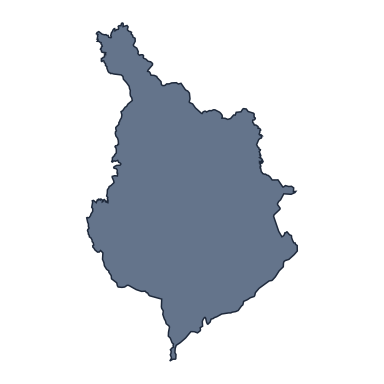 Di Linh, Lâm Đồng, Vietnam
{"feature_id": "81297802B8144414429904", "entity_name": "Di Linh", "entity_type": "district", "adm_level": 2, "iso_a3": "VNM", "parent_name": "Vietnam", "parent_adm1": "Lâm Đồng", "projection": "robinson", "projection_center": [108.032, 11.519], "detail": "fine", "context": "isolated", "style": "filled", "palette": "slate", "viewbox_px": 384, "rotation_deg": 0, "n_neighbors": 0, "source": "geoboundaries", "source_scale": "gbopen_adm2", "svg_char_len": 5943}
<svg xmlns="http://www.w3.org/2000/svg" viewBox="0 0 384 384"><path d="M295.8,191.4L293.4,191.6L293.7,187.9L291.5,186.3L288.7,186.5L285.4,185.6L283.5,187.0L282.8,187.0L278.0,179.9L272.2,180.0L270.0,176.9L268.2,175.4L266.9,175.1L265.5,174.1L264.5,174.2L262.6,173.5L262.1,172.4L261.3,171.9L260.8,168.8L260.3,168.5L260.5,167.5L260.0,167.0L260.9,166.1L260.2,164.7L260.4,163.2L259.5,163.0L259.5,161.6L260.1,162.0L260.8,161.5L260.8,162.5L261.8,163.3L262.5,162.4L262.2,161.5L262.9,161.9L263.1,161.6L262.0,159.1L259.8,157.7L260.7,157.4L260.1,155.6L260.6,155.9L260.8,155.6L259.2,151.5L260.2,150.5L260.4,149.6L259.1,149.1L258.8,147.7L257.9,147.1L256.6,144.7L258.7,139.6L260.0,138.5L261.4,138.0L261.7,137.3L261.2,136.1L262.2,135.9L260.9,134.7L259.6,134.9L259.1,134.1L259.8,132.4L259.9,130.7L260.7,130.1L260.4,129.3L259.4,128.3L258.1,128.3L258.1,126.7L257.7,126.3L255.8,125.0L254.3,125.0L253.5,123.1L252.7,122.5L252.7,120.2L254.4,119.8L255.3,118.7L255.2,117.9L254.3,117.5L254.0,115.3L254.2,114.1L253.5,113.2L248.1,111.5L246.3,109.0L243.7,108.6L242.7,109.1L241.0,111.8L236.2,112.3L235.2,115.1L233.6,115.0L230.6,118.5L227.8,119.4L225.2,118.3L221.9,118.1L222.3,116.9L222.1,115.2L220.9,113.5L219.6,112.2L214.9,109.8L213.3,109.8L211.6,110.7L209.3,110.6L206.6,112.0L205.5,111.2L204.6,111.2L203.1,111.9L202.2,113.5L201.5,113.4L195.4,107.9L192.6,103.9L189.9,102.7L189.2,102.0L190.0,98.9L189.4,93.1L187.7,91.0L186.1,90.3L185.0,89.2L181.0,83.3L178.3,84.0L176.4,82.7L171.7,82.9L169.2,83.9L166.6,83.9L165.2,85.2L164.1,85.6L162.4,85.5L161.4,84.5L161.0,81.6L157.2,77.6L156.8,76.5L154.2,75.4L151.0,75.2L149.9,72.5L149.0,71.6L147.6,71.4L147.9,70.3L152.5,64.9L152.5,63.4L150.7,61.8L148.0,61.2L146.0,59.2L143.6,58.2L143.2,57.2L143.6,55.9L142.8,54.8L140.9,54.7L139.5,55.3L137.9,53.6L138.3,51.7L136.8,48.2L133.8,46.2L133.3,45.0L135.2,41.3L135.1,38.3L132.9,37.0L132.6,35.3L131.2,34.0L131.5,32.3L130.1,31.5L129.1,31.4L127.5,30.0L127.5,28.8L128.1,26.9L127.0,25.5L123.1,26.6L123.2,23.8L122.8,23.1L122.1,23.0L121.4,23.7L120.9,25.7L119.0,25.7L118.2,26.4L118.7,28.3L118.3,29.3L116.6,29.6L115.0,30.8L114.7,28.6L114.1,28.7L112.9,30.1L112.5,31.4L111.5,32.6L110.7,35.7L111.4,37.0L110.9,37.7L108.7,37.3L108.1,35.4L106.8,35.4L106.0,34.6L104.6,34.8L102.2,34.2L98.8,31.6L97.1,32.5L96.4,33.8L97.9,34.6L97.5,35.3L97.8,36.3L97.4,37.3L97.7,38.5L97.0,39.1L98.1,39.9L97.2,41.3L99.0,41.4L100.3,42.5L101.1,42.6L101.0,43.8L101.6,44.5L102.3,46.3L101.3,47.1L101.3,48.3L100.6,48.7L100.4,49.3L101.5,50.5L101.5,51.7L102.2,52.3L103.5,52.4L104.2,53.0L104.8,52.4L105.8,52.8L105.4,53.7L105.6,54.7L104.5,54.8L104.5,56.8L103.0,57.5L102.3,58.4L101.4,58.5L101.3,61.1L101.8,61.5L103.1,60.7L104.0,61.1L104.2,62.4L105.5,63.7L105.5,65.5L106.9,66.7L106.9,68.2L108.2,71.6L109.2,72.7L109.9,72.8L110.7,73.6L111.9,73.4L113.8,74.0L121.2,74.9L122.9,76.4L123.4,79.2L126.5,82.6L129.2,86.4L129.5,88.5L130.3,90.3L130.1,93.4L130.4,95.8L131.7,97.7L132.3,100.5L127.9,104.1L126.6,106.4L125.0,107.3L122.7,110.6L121.0,111.7L121.9,114.9L121.4,117.9L120.1,119.9L119.5,121.8L118.9,122.3L118.8,124.4L115.8,127.4L115.8,129.0L116.4,130.9L115.5,131.7L115.3,133.5L115.9,136.0L117.5,138.1L118.2,140.3L118.5,144.2L117.8,144.4L117.5,145.4L115.5,145.8L115.0,146.8L115.9,147.9L116.3,149.6L116.3,152.9L114.7,154.7L114.5,155.8L113.5,156.3L113.2,157.0L112.4,157.6L112.3,160.2L111.7,161.5L112.3,162.1L112.8,161.9L113.2,161.1L114.6,160.9L115.2,161.3L117.7,160.4L118.7,162.4L119.8,162.8L120.8,163.7L120.8,164.3L120.0,165.2L116.6,165.4L114.2,166.7L113.7,167.3L114.0,168.2L116.4,168.8L117.3,170.1L117.0,173.0L117.6,173.2L117.4,176.0L114.7,175.7L112.2,176.4L112.2,177.5L113.7,180.8L114.0,182.6L111.0,185.5L109.1,186.6L108.9,187.6L107.4,189.8L107.2,193.6L106.6,196.0L107.8,197.4L107.4,198.5L108.0,200.3L107.9,202.7L107.2,202.5L107.0,200.9L106.2,202.0L105.5,201.8L105.1,200.3L104.2,199.5L103.5,200.0L103.0,201.5L102.3,201.9L102.5,200.1L100.9,199.0L100.2,200.1L98.9,199.0L98.3,199.3L98.0,200.3L97.3,200.0L96.2,202.7L93.5,200.4L92.3,200.7L92.6,202.5L91.7,207.3L92.7,208.6L92.7,211.4L90.9,214.1L90.6,215.5L89.3,217.4L88.3,217.8L87.2,217.5L86.7,217.8L87.7,222.4L88.4,223.8L88.4,226.8L88.9,227.5L88.8,228.7L87.8,229.4L87.5,230.7L88.2,232.3L88.4,234.3L89.2,235.3L89.4,236.9L90.8,237.8L92.0,239.8L92.2,241.7L93.2,242.6L93.7,245.1L92.7,245.8L92.9,247.2L94.1,248.4L94.8,249.8L97.5,252.1L99.3,252.0L100.6,250.5L102.9,252.9L102.5,259.3L103.9,262.6L104.4,265.8L106.6,269.3L108.8,270.9L108.9,272.3L111.2,275.6L111.5,278.8L116.7,282.8L117.4,285.8L118.2,287.0L121.9,287.4L124.7,287.0L127.1,285.3L128.7,285.4L136.2,289.6L141.5,291.4L145.3,291.2L146.4,292.6L147.6,292.9L148.7,294.9L149.7,295.8L161.7,299.1L161.4,306.9L161.7,308.3L163.3,310.9L162.8,314.4L164.4,319.1L165.4,320.7L166.2,323.7L168.8,325.8L169.5,327.0L168.5,332.2L168.3,336.1L170.3,338.1L172.1,342.8L173.5,344.0L173.1,345.2L173.5,347.1L172.4,347.6L170.4,349.7L171.2,351.3L170.9,353.6L170.3,354.8L171.4,357.5L171.3,358.5L169.8,361.0L172.9,359.2L175.3,359.2L175.8,358.7L176.0,354.5L174.9,352.6L175.2,348.5L176.2,345.3L180.2,342.7L185.6,338.0L190.9,331.6L194.3,331.7L197.5,332.9L200.2,330.8L200.5,329.9L200.2,327.7L202.6,326.2L202.3,321.5L203.1,319.5L204.5,317.5L205.2,317.5L205.7,318.3L206.6,322.4L207.4,324.0L207.9,324.2L210.1,322.1L211.0,319.2L213.5,318.4L214.3,317.6L216.7,316.8L221.7,314.0L228.8,312.9L230.9,312.9L232.1,312.2L235.7,311.6L238.2,310.5L241.4,306.1L242.9,304.8L243.6,301.4L247.4,299.7L250.4,297.7L254.1,296.5L254.7,295.7L255.4,292.7L259.1,288.3L269.2,280.9L271.8,280.5L272.5,280.0L275.3,276.9L279.2,270.8L283.3,266.8L283.5,263.0L284.0,261.5L285.4,260.5L288.9,259.4L294.3,254.5L297.3,251.0L297.2,245.5L295.6,244.4L295.2,243.0L293.8,242.8L292.6,240.4L291.6,237.7L291.5,235.8L291.1,235.4L289.5,234.8L287.1,231.9L286.7,231.9L285.7,232.8L284.8,232.9L284.3,234.7L283.5,235.8L281.9,236.8L278.7,231.3L273.6,216.3L274.1,214.8L279.9,209.3L280.1,208.2L277.6,204.7L277.5,203.7L278.7,201.5L280.6,199.8L283.8,193.8L291.1,194.3L294.9,192.6L295.8,191.4Z" fill="#64748b" stroke="#1e293b" stroke-width="1.5"/></svg>